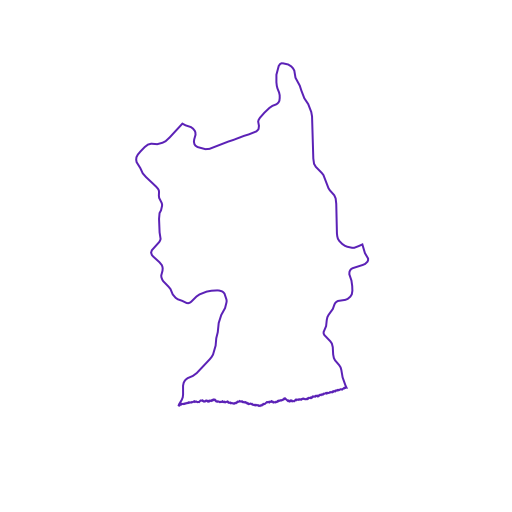 Enriquillo, Barahona, Dominican Republic (orthographic projection), rotated 43°
{"feature_id": "3306468B23311881925490", "entity_name": "Enriquillo", "entity_type": "district", "adm_level": 2, "iso_a3": "DOM", "parent_name": "Dominican Republic", "parent_adm1": "Barahona", "projection": "orthographic", "projection_center": [-71.267, 17.983], "detail": "fine", "context": "isolated", "style": "outline", "palette": "violet", "viewbox_px": 512, "rotation_deg": 43, "n_neighbors": 0, "source": "geoboundaries", "source_scale": "gbopen_adm2", "svg_char_len": 6157}
<svg xmlns="http://www.w3.org/2000/svg" viewBox="0 0 512 512"><g transform="rotate(43 256 256)"><path d="M411.8,290.5L409.6,289.6L402.1,285.7L396.2,281.2L393.9,279.8L391.3,279.1L385.0,278.4L382.5,277.5L379.6,275.4L374.3,270.3L371.2,268.3L368.6,267.7L359.9,267.2L358.4,266.6L357.3,265.5L355.1,259.5L351.3,254.4L349.9,252.0L349.2,249.4L348.3,242.3L346.4,237.9L346.0,236.3L346.1,234.6L346.6,233.0L351.2,227.2L352.3,224.9L352.7,221.4L352.2,218.7L350.2,215.7L346.9,212.4L342.6,208.9L336.7,205.7L335.2,203.9L334.6,202.3L334.5,200.6L335.0,199.0L340.2,189.7L341.2,187.4L341.4,184.1L340.8,182.6L339.7,181.4L333.7,179.6L325.9,175.0L324.3,178.8L322.2,183.1L320.8,184.4L316.4,187.0L314.1,187.9L310.8,188.4L306.6,188.2L304.1,187.5L301.9,186.1L299.8,184.3L279.1,163.1L275.0,159.6L271.8,158.2L265.2,157.6L262.8,157.0L250.1,150.8L247.5,150.4L238.9,150.0L235.6,149.0L231.4,145.6L201.8,115.7L198.2,113.0L190.6,109.3L183.8,107.7L176.2,104.0L171.9,101.6L163.3,98.7L157.6,94.3L155.1,93.5L152.4,93.3L148.9,94.0L144.3,96.7L143.2,97.7L142.7,99.2L143.0,101.5L147.3,109.5L152.4,115.0L155.2,117.4L157.4,118.8L161.4,120.7L163.7,122.3L165.6,124.3L167.2,126.5L167.7,128.2L167.7,129.9L167.3,131.5L165.6,135.0L164.8,138.6L164.4,145.5L164.6,152.2L165.1,154.7L165.9,156.2L169.4,158.8L171.2,161.3L171.4,162.1L171.3,164.6L167.8,172.0L165.3,176.3L160.1,186.9L157.7,191.2L148.9,209.4L146.1,212.4L138.9,216.2L136.4,216.6L134.7,216.2L132.7,214.8L131.3,212.9L129.1,208.6L127.3,206.9L125.8,206.2L123.1,205.8L120.5,206.1L115.3,208.5L111.9,209.4L112.0,227.9L111.6,233.7L110.4,236.9L107.5,241.6L102.8,245.3L101.0,248.2L100.3,252.2L100.2,258.3L100.4,262.4L101.2,265.3L102.7,267.3L104.7,268.8L111.4,270.6L116.8,272.8L121.7,273.3L135.8,273.4L138.5,273.7L140.2,274.3L141.4,275.3L143.8,278.1L145.6,279.6L150.8,281.5L152.1,282.3L153.1,283.4L155.4,287.4L156.2,290.4L159.8,295.0L169.4,304.5L174.6,308.6L175.3,310.1L175.7,311.8L175.9,322.8L177.0,325.1L179.2,326.3L181.0,326.5L189.6,326.4L193.3,326.9L194.9,327.7L196.2,328.7L197.7,330.6L200.0,334.9L201.2,336.0L203.5,337.2L205.3,337.7L213.1,338.1L216.0,338.5L221.3,340.9L225.7,341.4L228.3,341.0L232.7,339.1L237.3,337.7L238.6,336.8L239.4,335.4L239.8,333.7L240.1,326.2L240.9,322.6L244.2,315.7L247.1,311.8L251.1,307.6L252.6,306.4L255.1,305.1L256.8,304.8L258.6,305.0L264.1,308.0L265.3,309.0L266.2,310.3L268.9,315.2L270.8,322.8L274.4,330.4L280.0,337.8L283.0,343.2L287.6,349.1L291.8,357.4L292.4,360.2L292.6,363.1L292.5,382.1L291.6,386.8L289.3,392.0L288.9,394.6L289.1,396.4L289.6,398.1L291.1,400.6L297.1,407.0L298.8,409.3L299.8,411.8L300.9,417.0L301.7,418.7L301.7,417.2L302.0,417.2L302.0,415.7L302.4,415.7L302.4,415.0L302.7,415.0L302.7,414.6L303.8,413.9L303.8,413.5L304.5,413.1L304.5,412.4L305.2,412.0L305.2,411.3L305.9,410.9L305.9,410.2L306.6,409.8L306.6,409.1L307.0,409.1L307.3,408.3L307.7,408.3L308.0,407.6L308.7,407.2L308.7,406.5L309.4,406.1L309.8,404.6L310.1,404.6L310.1,404.3L310.8,404.3L310.8,403.9L311.5,403.5L311.5,403.2L312.9,402.8L313.3,402.1L314.0,401.7L314.0,399.5L314.7,399.1L315.0,398.4L315.7,398.4L315.7,398.0L317.2,398.0L317.5,397.2L317.9,397.2L317.9,396.1L318.6,395.8L318.6,395.4L319.6,395.4L319.6,395.0L320.3,395.0L320.3,394.3L320.7,394.3L320.7,393.9L321.0,393.9L321.0,393.2L321.4,393.2L321.7,392.4L322.1,392.4L322.1,391.7L322.4,391.7L322.4,391.0L322.8,391.0L322.8,390.2L323.1,390.2L323.1,389.8L323.9,389.5L323.9,389.1L324.5,389.1L324.5,389.5L326.3,389.5L326.7,388.7L327.4,388.7L327.7,388.0L329.1,387.6L329.1,387.3L329.8,386.9L329.8,386.5L330.5,386.1L330.5,385.4L330.9,385.4L330.9,385.0L331.9,385.0L332.3,384.3L332.6,384.3L332.6,383.9L333.4,383.9L334.4,381.7L335.1,381.7L335.1,382.1L335.5,382.1L335.5,381.7L336.5,381.7L336.9,381.0L337.6,381.0L337.6,380.6L338.3,380.6L338.6,379.9L340.0,379.5L340.0,379.1L340.7,378.7L340.7,378.4L341.1,378.4L341.4,376.9L341.8,376.9L341.8,375.4L342.2,375.4L342.2,374.7L342.9,374.3L342.9,373.2L344.3,372.8L344.6,372.1L345.3,372.1L345.3,371.7L346.4,371.7L346.7,371.0L347.4,371.0L347.8,370.2L348.5,370.2L348.5,369.9L349.9,369.9L349.9,369.5L351.0,369.5L351.0,369.1L351.7,369.1L351.7,368.8L352.4,368.4L352.7,367.6L354.1,367.3L354.1,366.9L355.5,366.9L355.9,366.2L356.6,366.2L356.9,365.4L357.6,365.4L357.6,365.1L358.3,364.7L358.3,364.3L359.7,363.9L359.7,363.6L360.5,363.6L360.8,362.8L361.2,362.8L361.2,362.1L361.9,361.7L361.9,361.0L362.2,361.0L362.2,359.5L362.6,359.5L362.6,358.8L363.3,358.4L363.6,355.4L364.3,355.1L364.3,354.7L365.0,354.3L365.0,354.0L365.4,354.0L365.4,353.6L365.7,353.6L365.7,352.8L366.4,352.5L366.4,351.7L366.8,351.7L366.8,351.4L368.2,351.4L368.2,351.0L368.9,351.0L369.2,350.3L370.0,349.9L370.0,349.1L370.7,348.8L370.7,347.7L371.0,347.7L371.0,346.9L371.4,346.9L371.4,346.2L372.1,345.8L372.1,345.1L372.4,345.1L372.8,344.3L373.1,344.3L373.5,342.9L373.8,342.9L373.8,341.4L374.2,341.4L374.2,340.6L374.5,340.6L374.5,340.3L378.0,340.3L378.0,339.9L378.7,339.9L378.7,339.5L379.5,339.5L379.5,339.2L379.8,339.2L379.8,338.4L380.2,338.4L380.2,337.7L381.2,337.7L381.2,337.3L381.9,337.3L382.3,336.6L383.0,336.2L383.0,334.3L383.3,334.3L383.3,334.0L383.7,334.0L383.7,333.2L384.4,332.9L384.7,332.1L385.1,332.1L385.1,331.8L385.8,331.4L385.8,331.0L386.1,331.0L386.5,330.3L386.8,330.3L386.8,329.9L387.2,329.9L387.5,328.4L388.2,328.1L388.2,327.7L389.7,327.3L390.0,326.6L390.7,326.2L390.7,325.5L391.1,325.5L391.1,324.7L391.4,324.7L391.4,323.6L392.5,322.9L392.5,322.5L392.8,322.5L392.8,322.1L393.2,322.1L393.2,321.4L393.5,321.4L393.5,321.0L393.2,321.0L393.2,320.7L393.5,320.7L393.5,319.9L393.9,319.9L394.2,319.2L394.9,318.8L394.9,318.1L395.3,318.1L395.3,317.3L396.0,317.0L396.0,316.6L396.7,316.6L396.7,316.2L397.0,316.2L397.0,315.5L397.4,315.5L397.4,314.0L398.1,313.6L398.1,313.3L398.4,313.3L398.4,312.5L399.2,312.1L399.2,311.4L399.5,311.4L399.5,310.3L400.2,309.9L400.6,308.4L401.3,308.4L401.3,308.1L401.6,308.1L401.6,307.3L402.7,306.6L403.0,305.1L403.4,305.1L403.7,304.4L404.4,304.0L404.4,303.3L404.8,303.3L404.8,302.5L405.1,302.5L405.1,301.8L405.8,301.4L405.8,301.0L406.2,301.0L406.2,299.9L406.5,299.9L406.9,298.5L407.6,298.5L407.6,297.7L408.3,297.3L408.6,295.9L409.4,295.5L409.7,294.8L410.1,294.8L410.4,292.5L410.8,292.5L410.8,291.8L411.5,291.4L411.5,290.7L411.8,290.5Z" fill="none" stroke="#5b21b6" stroke-width="2"/></g></svg>